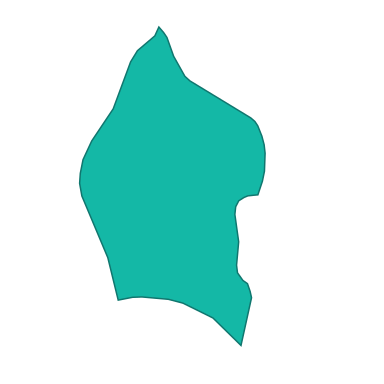 an SVG outline of Vĩnh Phúc, rotated 208°
{"feature_id": "VNM-464", "entity_name": "Vĩnh Phúc", "entity_type": "Province", "adm_level": 1, "iso_a3": "VNM", "parent_name": "Vietnam", "parent_adm1": "", "projection": "natural_earth1", "projection_center": [105.546, 21.324], "detail": "fine", "context": "isolated", "style": "filled", "palette": "teal", "viewbox_px": 384, "rotation_deg": 208, "n_neighbors": 0, "source": "natural_earth", "source_scale": "10m", "svg_char_len": 712}
<svg xmlns="http://www.w3.org/2000/svg" viewBox="0 0 384 384"><g transform="rotate(208 192 192)"><path d="M132.5,220.4L135.9,218.2L140.9,214.8L143.5,211.6L146.6,206.2L146.5,199.5L143.6,192.3L127.4,169.9L118.3,148.3L113.9,142.0L105.5,137.8L100.0,137.1L94.0,131.5L89.8,126.6L76.7,79.5L114.4,90.6L147.9,89.6L162.4,86.2L187.0,75.8L195.1,71.1L206.4,61.9L235.5,94.5L287.4,136.8L295.3,146.9L299.4,156.1L303.4,169.4L304.5,189.9L300.6,228.4L307.3,278.1L306.5,291.2L298.1,312.4L298.7,322.1L292.0,319.5L286.7,316.7L271.9,303.2L252.6,290.8L245.9,289.1L174.8,285.0L169.6,283.8L165.0,281.3L156.5,274.1L150.5,267.6L145.7,260.6L137.8,244.4L134.9,234.6L132.5,220.4Z" fill="#14b8a6" stroke="#0f766e" stroke-width="1.5"/></g></svg>